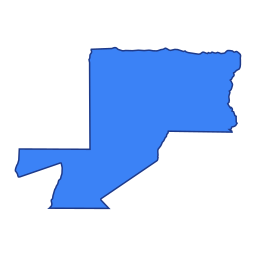 the Province of Wouleu-Ntem
{"feature_id": "GAB-2187", "entity_name": "Wouleu-Ntem", "entity_type": "Province", "adm_level": 1, "iso_a3": "GAB", "parent_name": "Gabon", "parent_adm1": "", "projection": "albers", "projection_center": [12.153, 1.276], "detail": "fine", "context": "isolated", "style": "filled", "palette": "blue", "viewbox_px": 256, "rotation_deg": 0, "n_neighbors": 0, "source": "natural_earth", "source_scale": "10m", "svg_char_len": 3006}
<svg xmlns="http://www.w3.org/2000/svg" viewBox="0 0 256 256"><path d="M114.7,47.6L115.8,47.7L116.6,48.1L118.1,49.4L122.1,50.7L123.2,50.8L125.8,50.5L132.6,50.7L138.4,50.2L144.2,50.6L148.8,50.2L150.1,50.3L153.2,50.8L156.6,50.9L158.1,50.6L161.0,49.6L162.6,49.4L163.4,49.2L165.0,48.3L165.7,48.2L166.6,48.6L169.2,50.1L170.5,50.4L174.8,49.4L177.7,49.6L182.0,51.0L183.3,51.5L185.1,51.0L186.3,52.0L188.2,52.6L198.6,54.2L200.1,53.9L201.2,53.2L202.1,52.5L203.0,52.1L204.3,52.4L206.1,53.2L207.6,53.5L208.3,52.6L209.3,53.0L210.3,53.1L211.2,52.8L212.0,52.1L214.3,52.9L215.6,53.1L216.5,52.9L217.5,52.4L218.7,52.7L220.9,53.6L224.2,53.2L224.9,52.9L226.4,51.4L227.3,50.7L228.0,50.5L230.3,50.6L232.5,51.0L233.5,51.8L234.0,52.1L234.7,52.1L235.8,51.6L236.4,51.5L237.2,51.8L238.4,52.7L239.6,53.7L240.3,54.6L240.6,55.8L240.3,58.1L240.4,60.0L240.4,64.6L240.1,67.0L239.3,68.9L236.6,70.4L236.1,70.8L234.7,72.3L234.3,72.6L233.6,72.8L233.6,73.5L234.1,74.9L233.9,75.7L233.5,76.3L233.0,76.7L232.5,77.3L232.0,78.2L231.4,79.4L230.5,79.7L230.2,80.1L231.2,81.4L231.8,82.8L232.2,83.4L232.5,84.3L232.4,85.5L231.6,88.3L231.1,89.5L230.3,90.5L229.3,91.1L229.9,92.4L229.6,93.8L229.1,95.2L228.8,96.8L229.3,100.3L229.0,102.2L227.7,103.7L229.0,105.9L230.4,107.9L230.9,107.3L231.8,108.0L232.3,108.9L232.4,109.9L232.0,111.0L233.6,111.8L234.9,115.6L236.2,116.3L236.1,117.0L236.2,120.6L236.2,121.2L236.2,121.8L236.4,122.3L237.1,123.3L236.9,123.7L236.5,124.0L235.7,125.5L234.6,126.2L233.3,126.7L232.3,126.8L231.6,127.3L231.4,128.4L230.8,129.4L229.3,129.5L230.1,130.2L231.0,130.6L231.8,131.1L232.0,132.1L168.3,131.2L168.2,131.9L168.1,132.6L168.0,132.9L167.9,133.1L167.0,134.2L166.8,134.5L166.7,134.8L166.6,135.1L166.5,136.1L166.4,136.3L166.2,136.7L165.2,137.7L163.8,140.6L163.6,140.9L162.4,142.2L162.1,142.6L162.0,143.0L161.9,143.4L161.0,145.3L160.4,146.3L158.2,149.1L158.1,149.3L157.8,150.5L157.8,152.1L158.0,154.9L158.0,155.3L157.8,156.2L157.7,156.5L157.7,156.9L157.9,157.1L158.0,157.3L158.0,157.5L157.6,159.7L157.3,160.3L156.7,160.9L101.5,198.4L100.8,199.0L100.8,199.5L101.1,200.2L108.9,208.4L49.3,208.2L49.8,207.8L50.3,207.1L50.4,206.9L50.7,206.7L51.3,206.0L51.7,205.1L51.8,204.7L51.8,204.3L51.8,203.4L51.2,200.8L51.4,200.1L51.5,199.6L52.0,199.3L52.2,199.1L52.5,198.7L52.6,198.4L52.7,197.7L53.0,195.7L54.6,190.1L54.9,189.3L55.8,187.8L55.9,187.5L56.2,186.6L56.3,186.2L56.6,185.8L56.9,185.3L57.5,184.4L57.8,183.8L58.6,180.7L58.8,180.3L59.2,179.9L60.4,178.9L60.5,178.6L60.7,178.1L61.1,176.3L61.8,174.2L62.0,173.2L62.2,167.9L61.9,166.2L61.2,163.2L60.9,163.0L60.2,163.0L20.1,176.8L19.0,177.0L18.4,176.9L18.0,176.1L17.4,173.9L17.0,173.2L16.6,172.5L15.4,170.9L15.4,169.8L15.7,168.3L16.8,165.3L17.7,163.8L18.8,159.9L19.3,149.0L21.0,149.0L44.0,149.1L61.4,149.2L67.0,149.2L90.0,149.3L89.9,129.2L89.8,109.0L89.7,92.9L89.7,88.9L89.6,68.7L89.6,62.6L89.0,59.6L89.5,58.8L89.8,57.9L89.9,57.0L89.9,56.0L90.1,54.7L90.6,53.9L91.2,53.1L91.6,52.0L91.5,51.0L91.1,50.0L91.3,49.3L111.8,48.5L113.8,47.8L114.7,47.6Z" fill="#3b82f6" stroke="#1e3a8a" stroke-width="1.5"/></svg>